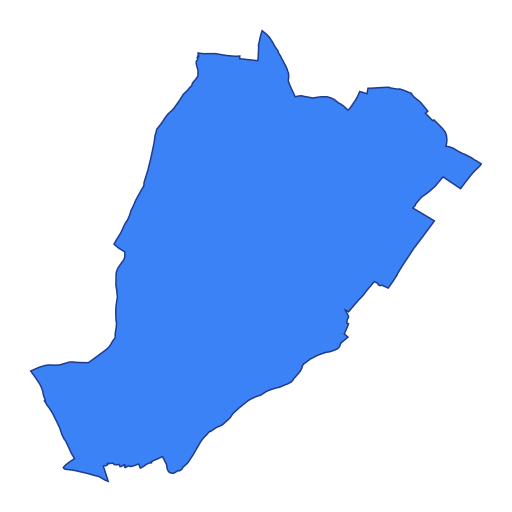 Taureni, Mures, Romania (Equal Earth projection)
{"feature_id": "2599482B94895366750216", "entity_name": "Taureni", "entity_type": "district", "adm_level": 2, "iso_a3": "ROU", "parent_name": "Romania", "parent_adm1": "Mures", "projection": "equal_earth", "projection_center": [24.072, 46.573], "detail": "fine", "context": "isolated", "style": "filled", "palette": "blue", "viewbox_px": 512, "rotation_deg": 0, "n_neighbors": 0, "source": "geoboundaries", "source_scale": "gbopen_adm2", "svg_char_len": 5860}
<svg xmlns="http://www.w3.org/2000/svg" viewBox="0 0 512 512"><path d="M201.2,440.9L203.2,438.3L206.8,434.5L209.5,431.5L210.5,431.5L215.1,428.3L217.0,427.2L221.2,425.5L222.9,424.4L227.4,420.3L228.8,419.1L229.9,418.0L230.6,417.1L232.0,414.9L233.1,413.4L239.1,407.9L247.3,401.3L248.7,400.3L250.4,399.3L252.8,398.1L256.2,396.6L258.9,395.7L261.3,394.8L265.6,391.9L268.5,390.5L272.4,389.1L277.6,387.5L279.4,387.3L286.1,384.4L287.7,383.9L291.5,381.8L293.3,379.6L293.4,379.1L299.1,372.7L300.7,370.4L301.7,368.3L302.4,366.0L302.8,365.2L303.5,364.1L306.7,361.8L310.2,359.1L317.8,355.2L321.3,353.9L323.2,353.3L326.1,352.3L329.7,351.8L334.4,350.2L336.9,349.1L338.6,347.8L339.4,346.7L340.2,344.9L340.9,342.6L341.3,342.7L348.0,337.1L344.7,334.3L344.3,334.0L347.7,326.1L348.4,324.1L348.5,323.7L346.8,323.0L347.0,321.7L347.1,319.8L347.9,318.3L348.4,317.6L348.6,316.9L347.6,314.3L346.3,312.2L345.3,310.0L348.6,311.8L354.4,304.9L358.7,299.9L362.8,295.7L366.7,290.6L374.3,281.6L377.9,283.4L378.1,284.0L378.1,284.6L379.3,285.4L380.0,285.6L380.8,285.6L382.0,285.2L388.2,288.1L393.4,280.7L396.9,275.2L396.7,275.1L401.5,267.1L406.1,260.0L406.4,259.7L413.5,248.8L423.6,235.5L434.4,220.9L412.8,208.0L415.5,205.2L415.5,204.1L421.3,197.3L429.0,191.7L435.1,186.3L443.0,176.9L460.6,188.7L461.5,187.4L467.3,179.7L470.5,175.7L472.2,173.6L474.3,171.3L480.0,165.8L481.3,163.9L480.0,163.1L476.3,160.8L474.5,159.9L471.7,157.9L470.0,156.9L464.5,154.2L463.2,153.8L459.0,151.7L457.5,150.9L453.6,148.4L453.1,148.2L450.2,147.1L448.4,146.6L445.9,146.3L446.7,142.6L446.9,139.5L446.4,135.2L445.1,131.9L442.4,128.4L434.0,119.9L432.8,120.8L425.4,113.2L427.8,111.3L427.4,110.6L421.3,103.2L419.9,101.8L419.1,101.0L416.6,99.1L414.3,97.2L412.9,95.8L412.2,94.7L411.4,93.9L411.5,93.4L404.5,90.6L400.8,89.3L399.5,88.9L397.9,89.2L390.1,87.9L389.5,87.4L387.7,87.3L386.0,87.3L371.2,88.2L368.0,88.2L367.0,93.7L359.7,91.5L357.8,96.0L355.4,100.3L349.7,108.6L347.9,110.1L343.7,106.1L341.3,104.4L338.5,102.9L333.8,99.2L331.8,98.3L327.5,96.8L321.7,96.7L317.0,97.3L313.0,98.0L304.1,96.4L301.7,95.8L299.4,95.9L295.1,96.7L290.0,85.6L288.5,81.6L288.3,80.6L288.3,79.6L288.6,78.6L288.7,76.8L288.5,73.1L288.3,72.5L287.8,71.6L287.5,70.8L287.3,69.5L286.5,67.9L285.7,65.9L284.4,63.5L283.9,63.0L283.8,62.4L282.8,60.4L282.0,59.2L280.5,55.9L279.7,54.8L278.6,53.1L278.3,51.6L277.4,50.0L275.1,46.8L273.7,44.4L272.7,42.3L269.3,37.2L267.0,34.7L265.2,33.2L262.1,30.7L260.7,35.2L260.0,38.2L258.4,45.6L258.6,46.3L258.6,48.3L258.3,53.9L258.2,57.7L257.7,60.7L239.6,58.7L239.8,56.0L236.1,56.3L231.8,56.0L226.7,55.5L222.6,54.9L218.3,54.1L215.1,53.6L209.9,53.6L203.4,53.7L198.8,53.1L198.0,53.1L198.7,55.8L198.7,56.9L197.6,57.2L197.5,56.8L197.2,57.5L197.6,59.0L197.7,59.5L197.4,59.8L196.7,60.7L196.4,61.1L196.2,62.3L196.2,63.3L196.3,64.2L198.0,70.5L198.0,72.1L197.9,76.1L195.5,79.5L192.6,82.9L192.3,83.8L191.5,86.0L189.7,87.5L187.5,90.4L183.5,94.1L180.9,98.1L179.8,100.0L174.9,106.9L174.5,107.5L174.0,108.1L172.3,110.1L168.5,113.5L166.9,115.3L166.1,116.4L164.4,118.8L161.7,123.0L157.2,128.7L156.8,129.3L156.2,131.5L156.1,132.0L155.0,136.0L154.9,136.7L154.8,137.5L154.3,141.3L154.3,141.5L154.1,142.6L153.9,143.8L153.7,144.6L151.5,155.1L150.6,159.1L147.9,170.1L145.8,176.9L144.6,180.7L144.2,181.9L144.1,182.1L144.0,183.4L143.9,185.4L143.5,186.4L141.1,190.5L135.8,200.1L134.8,202.4L134.1,204.3L133.3,206.0L133.2,206.1L133.1,206.4L132.4,207.8L132.3,208.1L130.9,210.8L129.5,215.5L128.0,218.9L127.3,220.4L126.0,222.1L125.2,223.5L124.2,225.4L122.6,229.0L120.9,232.6L120.3,233.7L116.3,240.0L114.0,244.2L118.4,247.9L124.9,252.0L124.8,256.2L124.7,257.3L124.0,259.3L123.9,259.6L119.8,265.3L118.0,268.0L116.7,271.0L116.3,272.7L116.1,274.3L115.9,284.7L116.0,286.2L116.8,290.6L116.9,292.7L117.3,296.0L117.4,297.2L116.5,302.8L116.3,304.1L116.0,306.2L115.8,309.9L115.8,312.0L115.9,317.8L116.0,318.6L116.0,321.0L116.1,321.3L116.5,321.7L116.5,322.2L116.4,324.8L116.3,326.8L115.2,333.7L115.2,334.4L115.3,335.2L115.2,335.3L115.4,335.7L115.3,335.9L115.3,336.3L115.2,337.2L114.8,338.2L114.7,338.5L113.0,340.5L110.4,345.1L108.7,347.3L106.6,349.2L105.1,350.4L101.6,353.0L100.0,354.2L88.4,362.7L83.4,362.6L76.4,362.4L72.4,361.9L69.6,362.1L67.7,362.6L59.0,365.1L56.8,365.1L56.0,365.2L50.0,365.0L48.4,365.0L47.2,365.1L44.7,365.6L39.3,367.2L36.6,368.4L30.7,371.0L36.2,378.6L36.8,379.6L37.9,381.2L38.1,381.5L40.0,384.5L41.8,388.4L42.8,391.4L43.3,394.5L43.4,394.8L43.8,396.3L45.5,400.7L45.5,400.8L45.2,400.9L44.5,401.0L45.6,402.5L46.9,405.0L49.7,408.7L52.3,412.8L57.2,422.6L58.1,424.6L59.7,427.8L60.6,430.7L61.2,432.4L61.7,433.7L61.8,434.3L61.9,434.5L64.0,438.8L64.2,439.1L65.8,441.2L71.6,453.8L73.3,456.6L74.6,458.6L70.4,461.3L67.7,463.3L65.6,465.0L64.3,466.3L63.3,467.6L64.3,468.9L65.3,469.2L66.4,469.4L71.9,470.0L75.2,470.6L87.3,473.4L93.5,475.2L98.5,476.4L100.5,477.4L104.8,480.0L107.1,480.9L108.2,481.3L104.9,470.9L103.3,466.1L103.9,465.9L104.4,465.6L104.5,465.6L105.6,465.8L106.4,465.5L106.7,465.2L106.9,465.2L107.2,465.1L107.3,464.9L107.6,464.6L107.7,464.3L107.4,463.5L107.5,463.3L107.6,463.2L107.9,463.2L108.7,463.7L109.0,463.7L109.6,463.5L110.5,463.4L112.6,463.3L113.1,463.4L113.9,464.1L114.1,464.1L114.2,464.3L114.4,464.6L115.5,464.7L117.0,464.8L119.0,464.5L120.1,466.6L121.0,466.5L121.6,466.3L122.1,465.9L122.4,465.4L122.6,465.3L123.5,465.7L123.8,465.6L124.4,464.6L124.6,464.6L124.9,464.8L125.0,465.4L124.8,466.9L124.9,467.4L125.1,467.6L125.8,467.4L126.8,466.8L128.1,466.0L128.5,465.9L128.8,466.0L129.8,466.5L130.0,466.5L131.0,466.3L131.8,466.3L132.6,466.1L135.7,465.1L137.2,464.5L138.7,464.0L140.3,468.1L143.5,466.5L146.3,464.4L149.9,462.7L150.2,462.9L150.8,463.0L151.5,462.8L151.7,462.3L151.5,461.5L162.5,456.6L166.5,464.4L167.2,468.8L168.0,470.7L169.4,472.5L172.8,473.4L174.6,472.8L177.9,470.7L179.6,470.8L182.0,469.1L182.8,467.4L184.9,465.5L187.2,463.5L188.3,462.1L193.3,454.5L196.7,448.5L201.2,440.9Z" fill="#3b82f6" stroke="#1e3a8a" stroke-width="1.5"/></svg>